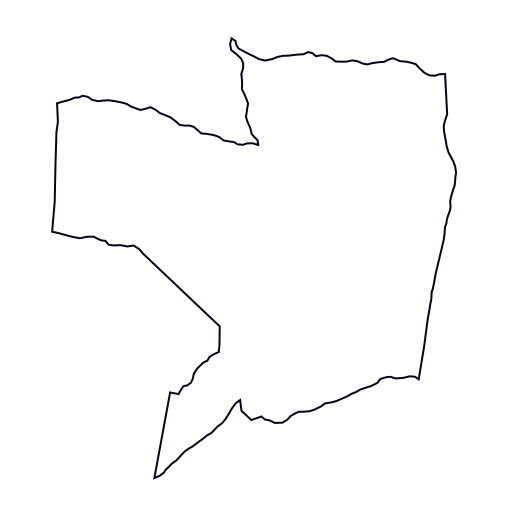 the district of Miraíma, Ceará, Brazil, rotated 88°
{"feature_id": "56859067B49924761215714", "entity_name": "Miraíma", "entity_type": "district", "adm_level": 2, "iso_a3": "BRA", "parent_name": "Brazil", "parent_adm1": "Ceará", "projection": "robinson", "projection_center": [-39.915, -3.576], "detail": "fine", "context": "isolated", "style": "outline", "palette": "ink", "viewbox_px": 512, "rotation_deg": 88, "n_neighbors": 0, "source": "geoboundaries", "source_scale": "gbopen_adm2", "svg_char_len": 2951}
<svg xmlns="http://www.w3.org/2000/svg" viewBox="0 0 512 512"><g transform="rotate(88 256 256)"><path d="M80.7,60.7L80.8,66.5L82.1,71.1L81.5,76.5L78.8,81.3L73.4,86.7L69.8,89.7L68.4,93.8L67.0,99.3L66.3,105.3L63.1,112.2L64.4,116.8L66.4,121.0L66.6,126.4L67.3,133.0L68.4,137.9L67.4,142.6L64.9,147.9L63.9,153.1L64.9,158.7L64.8,163.9L64.4,169.6L61.0,173.8L58.4,178.3L57.6,183.1L58.4,189.2L55.1,192.7L54.1,196.9L56.0,201.4L56.2,208.5L56.9,216.4L56.9,221.8L57.8,227.5L59.8,233.1L61.0,240.2L59.2,246.4L56.4,251.1L53.8,256.2L51.3,260.6L48.0,266.3L44.3,268.3L40.4,269.0L37.7,272.8L43.2,274.5L49.3,273.6L53.7,268.4L58.3,263.9L62.8,262.1L67.9,262.3L73.5,264.3L79.0,263.9L84.0,263.9L88.8,264.3L93.5,262.1L99.3,259.9L103.4,258.6L107.5,259.5L112.2,260.3L116.5,261.2L121.3,259.9L128.1,257.2L133.8,256.1L137.1,253.5L140.4,250.4L145.1,249.9L143.2,255.5L143.2,261.2L144.4,265.2L143.8,270.3L141.4,274.1L140.4,279.7L139.4,284.3L136.1,288.2L134.4,291.9L133.2,296.0L132.2,301.1L131.6,306.5L128.3,309.8L124.8,313.7L123.4,317.5L123.2,322.5L122.4,327.6L118.3,331.8L114.2,337.1L111.4,343.3L109.7,347.3L106.5,351.1L103.6,356.2L105.2,361.9L106.0,366.6L104.2,371.0L102.3,375.6L99.5,379.9L97.8,385.2L96.4,391.3L95.2,397.9L95.3,403.5L95.8,408.3L94.2,414.3L91.1,418.5L89.8,423.6L91.3,427.3L91.5,432.1L93.4,436.7L95.0,443.8L96.4,449.5L115.0,449.3L125.2,451.1L157.5,453.2L194.9,455.3L224.6,458.9L226.0,453.3L227.4,448.9L229.1,443.4L230.7,437.8L232.1,431.4L230.9,423.9L231.0,417.6L232.9,414.3L235.0,410.1L235.6,406.0L239.6,402.8L240.5,397.7L240.4,391.2L242.0,384.1L241.2,378.0L245.2,372.3L249.7,368.8L325.1,294.7L343.1,295.6L350.6,296.5L353.1,302.5L355.3,306.0L358.9,308.3L360.7,312.4L366.2,318.5L371.4,322.2L376.6,323.5L380.4,325.5L382.8,329.0L383.6,333.1L387.2,335.7L391.3,338.2L389.4,346.6L474.3,365.3L472.3,360.0L469.5,355.9L466.3,353.5L463.8,350.6L460.7,347.5L457.8,343.1L454.8,340.0L451.9,337.3L448.6,333.7L446.3,330.2L444.1,326.0L440.5,320.9L436.6,315.1L433.5,311.1L431.2,306.6L428.4,303.8L425.1,300.4L421.9,295.8L418.4,292.5L413.9,289.4L410.3,287.2L407.1,285.1L402.5,281.4L399.4,276.9L410.2,275.9L419.7,266.5L418.0,260.6L416.6,256.1L419.6,253.1L420.7,248.3L423.5,243.0L423.5,235.4L420.6,230.3L417.1,226.9L414.7,222.4L413.1,218.7L413.3,213.1L412.9,207.6L411.3,202.2L408.6,196.3L405.7,192.0L404.9,185.4L403.6,180.2L401.7,175.4L399.6,170.1L397.2,165.6L395.3,160.5L393.0,156.1L391.7,151.6L390.0,145.6L387.1,139.2L383.2,135.9L381.7,130.3L381.4,125.9L383.2,121.0L383.0,113.5L381.6,106.6L382.2,101.3L384.9,97.7L353.1,91.3L325.8,86.7L322.3,86.0L316.5,84.7L310.2,83.5L304.7,82.2L298.6,81.8L295.1,80.5L289.5,79.1L280.1,77.1L252.2,69.4L245.7,67.7L240.0,66.7L234.0,66.2L229.9,64.6L225.4,63.8L221.5,62.3L217.6,60.7L213.6,59.8L208.7,60.1L204.0,59.1L197.8,57.1L192.5,55.0L188.2,54.4L184.0,54.0L179.8,53.1L173.7,53.8L168.6,55.4L164.5,57.4L159.2,60.0L153.3,61.6L147.9,62.2L142.0,63.2L136.5,63.8L132.2,63.8L127.7,62.5L121.0,60.0L80.7,60.7Z" fill="none" stroke="#020617" stroke-width="2"/></g></svg>